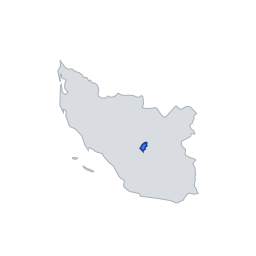 San Ignacio, Francisco Morazán, Honduras shown in context, rotated 230°
{"feature_id": "27666195B25957798922682", "entity_name": "San Ignacio", "entity_type": "district", "adm_level": 2, "iso_a3": "HND", "parent_name": "Honduras", "parent_adm1": "Francisco Morazán", "projection": "robinson", "projection_center": [-87.053, 14.728], "detail": "fine", "context": "in_parent", "style": "filled", "palette": "blue", "viewbox_px": 256, "rotation_deg": 230, "n_neighbors": 0, "source": "geoboundaries", "source_scale": "gbopen_adm2", "svg_char_len": 3638}
<svg xmlns="http://www.w3.org/2000/svg" viewBox="0 0 256 256"><g transform="rotate(230 128 128)"><path d="M223.1,119.4L215.2,118.8L211.5,119.9L209.9,122.4L208.5,123.5L207.3,123.2L204.9,124.2L201.4,126.3L198.1,127.1L195.3,126.6L194.4,127.1L194.2,127.9L193.8,128.5L192.7,128.9L191.4,128.7L190.0,128.0L189.2,128.3L189.1,129.7L188.4,130.1L186.9,129.4L185.2,129.9L183.4,131.6L180.8,132.0L177.5,131.0L174.9,129.2L173.1,126.5L170.9,125.8L167.1,127.8L165.5,130.1L165.2,131.6L165.5,132.9L164.8,133.7L163.1,134.2L161.7,135.8L160.8,138.5L160.6,140.6L161.2,142.1L160.3,143.2L158.0,143.9L155.2,146.3L152.1,150.3L148.9,153.2L145.8,154.8L144.3,156.5L144.4,158.5L144.2,159.1L143.6,159.3L142.6,159.6L136.5,155.4L134.8,152.4L133.3,152.9L131.4,154.3L128.7,157.7L125.9,162.2L124.5,162.7L117.3,162.0L113.5,162.4L112.7,163.1L112.4,164.7L112.6,166.9L113.7,174.9L114.2,178.2L113.7,179.2L111.7,179.4L109.2,179.9L107.9,181.4L107.5,182.9L107.4,185.1L106.6,187.3L105.1,188.9L103.5,189.5L95.0,189.9L95.1,186.2L92.7,184.7L91.3,181.6L90.1,179.6L90.5,178.3L90.3,176.8L86.9,175.7L83.6,176.6L81.7,176.0L80.4,175.2L82.7,173.4L82.9,172.3L82.1,171.5L81.4,170.9L81.6,168.9L82.1,166.4L83.4,160.7L82.9,159.7L80.7,158.0L78.0,157.8L75.0,158.4L73.5,157.5L72.2,155.5L70.0,154.6L66.2,156.2L62.1,158.5L60.9,159.4L59.9,159.3L59.4,157.5L59.2,155.4L59.0,154.9L56.8,154.2L54.3,153.6L53.0,153.0L51.8,151.6L48.7,149.8L48.1,148.4L44.0,145.3L43.2,143.8L42.3,142.6L40.3,141.2L38.8,141.5L33.7,139.7L32.9,139.6L33.6,138.0L35.3,135.6L38.8,132.9L39.1,130.7L38.2,126.5L37.2,123.8L37.7,122.6L38.9,117.7L39.7,116.6L44.8,114.1L45.3,113.8L49.3,110.3L53.8,106.5L58.4,102.3L63.6,97.5L66.4,94.8L67.8,93.6L70.7,94.6L73.1,92.3L74.4,91.6L77.6,88.9L78.6,88.3L83.9,87.2L86.4,87.2L88.7,90.0L90.4,91.4L93.8,90.2L96.6,89.9L108.2,92.4L112.8,91.3L121.2,91.1L125.0,91.7L130.4,88.1L133.8,87.4L137.9,85.7L137.3,84.0L136.4,83.2L142.5,84.0L151.7,87.6L161.5,87.0L165.1,85.0L167.3,84.4L177.4,88.2L180.0,91.0L182.1,91.3L183.7,90.7L184.1,90.1L182.1,89.4L181.2,88.5L189.1,90.3L204.1,103.8L204.4,104.9L198.0,100.9L194.7,101.2L193.8,101.9L194.0,104.1L194.3,105.1L195.7,105.2L196.8,104.6L199.4,105.3L201.2,106.8L203.3,109.0L204.6,111.4L205.9,111.4L207.3,110.0L209.8,109.8L211.5,111.4L212.6,111.3L211.0,108.8L207.1,106.3L208.0,106.2L216.6,110.7L219.0,116.4L221.0,117.6L223.1,119.4ZM123.1,70.8L118.2,73.6L116.6,73.5L118.9,71.4L122.5,69.6L125.6,68.7L128.1,69.1L123.1,70.8ZM139.9,67.9L137.5,69.9L137.1,69.0L138.2,67.2L139.6,66.1L141.0,66.2L140.7,67.0L139.9,67.9Z" fill="#d9dde1" stroke="#a8b0b8" stroke-width="1"/><path d="M104.4,132.7L104.4,132.8L104.5,132.8L104.8,133.0L105.0,133.0L105.1,132.9L105.3,132.4L105.4,132.2L105.5,132.2L105.6,131.9L105.7,131.7L105.8,131.6L105.9,131.4L105.9,131.2L105.8,130.9L105.7,130.9L105.7,130.7L105.8,130.7L106.0,130.6L106.0,130.4L106.1,130.2L106.0,129.9L106.1,129.7L106.1,129.4L106.1,129.2L105.9,128.9L105.9,128.7L105.8,128.4L105.9,127.2L105.7,127.1L105.3,126.7L105.1,125.8L105.0,125.7L104.9,125.6L104.7,125.5L104.7,125.4L104.5,125.2L104.5,124.9L104.4,124.9L104.3,124.7L104.2,124.5L104.2,124.4L104.3,124.3L103.1,124.3L102.9,124.3L100.5,124.5L100.8,124.7L101.0,124.7L101.0,124.8L101.0,125.0L101.1,125.3L101.3,125.4L101.3,125.5L101.2,125.7L101.2,125.8L101.0,126.0L100.9,126.3L100.9,126.5L100.8,126.8L100.8,127.0L100.9,127.3L100.9,127.5L101.0,127.5L101.7,128.2L102.4,129.5L102.3,129.9L102.1,130.8L102.2,131.0L102.3,131.1L102.5,131.1L102.6,130.9L102.6,131.0L102.8,131.2L103.0,131.3L103.2,131.5L103.3,131.5L103.4,131.4L103.5,131.3L103.7,131.5L103.8,131.6L103.9,131.8L104.0,131.8L104.0,132.0L104.1,132.3L104.3,132.4L104.3,132.5L104.4,132.7Z" fill="#3b82f6" stroke="#1e3a8a" stroke-width="1.5"/></g></svg>